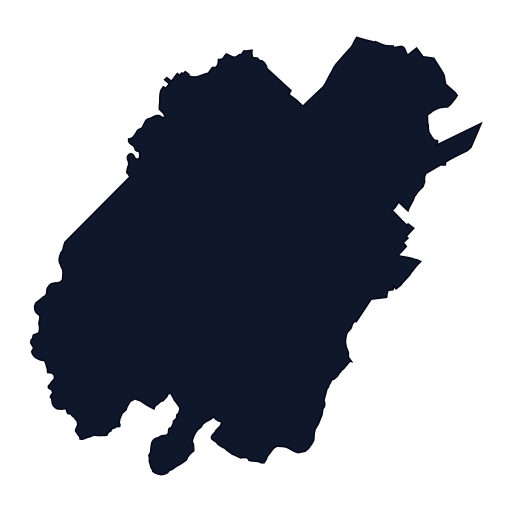 Yecuatla, Veracruz, Mexico (orthographic projection)
{"feature_id": "50627088B64741996810444", "entity_name": "Yecuatla", "entity_type": "district", "adm_level": 2, "iso_a3": "MEX", "parent_name": "Mexico", "parent_adm1": "Veracruz", "projection": "orthographic", "projection_center": [-96.776, 19.847], "detail": "fine", "context": "isolated", "style": "filled", "palette": "ink", "viewbox_px": 512, "rotation_deg": 0, "n_neighbors": 0, "source": "geoboundaries", "source_scale": "gbopen_adm2", "svg_char_len": 5942}
<svg xmlns="http://www.w3.org/2000/svg" viewBox="0 0 512 512"><path d="M252.1,50.2L246.2,51.0L244.0,50.8L242.6,52.6L241.7,54.4L239.3,54.6L238.0,55.7L235.1,57.3L232.4,56.8L226.3,53.9L224.6,55.9L223.2,58.2L221.1,59.4L218.4,59.5L218.3,62.5L217.5,65.3L215.8,67.4L212.3,67.5L208.2,73.2L206.2,73.6L197.1,76.8L193.3,77.0L189.3,76.2L188.4,75.3L189.0,74.5L185.3,71.6L183.1,73.8L181.8,72.9L179.8,75.3L177.4,73.5L176.3,74.7L171.5,81.2L166.8,77.6L164.6,79.7L169.4,83.8L165.5,88.4L163.5,86.7L163.2,86.9L161.0,90.1L160.3,92.5L159.9,95.3L159.7,101.9L159.2,109.1L161.5,111.4L163.5,113.2L164.2,115.1L165.5,117.0L164.2,117.5L162.1,117.3L160.3,116.1L158.7,115.4L155.8,115.7L153.0,116.9L150.9,118.1L147.8,119.0L145.9,120.4L143.9,124.2L142.3,127.6L140.5,128.8L138.2,129.7L137.0,131.2L135.4,134.0L133.4,136.8L130.9,138.6L128.7,138.9L128.5,140.9L129.4,142.8L131.5,144.6L133.7,146.0L134.7,147.8L135.3,149.9L136.5,150.9L138.2,151.3L139.4,151.9L139.8,156.0L139.1,158.6L137.2,159.3L135.9,158.8L134.7,157.6L134.0,156.0L132.6,154.2L130.7,153.6L128.8,154.6L127.7,156.0L127.3,157.8L127.7,159.9L128.5,161.6L128.7,164.5L127.3,168.7L126.7,172.6L128.6,174.5L129.8,176.9L64.9,242.2L63.4,247.2L62.7,250.3L60.8,252.9L59.6,256.5L59.1,259.3L59.3,262.0L60.7,265.2L61.5,267.5L62.5,269.3L63.0,272.3L62.5,279.7L60.3,282.0L57.7,282.9L55.6,282.8L51.3,283.7L49.1,285.6L47.1,288.5L46.5,293.6L45.6,295.6L43.2,297.0L40.9,299.0L35.8,303.0L34.5,306.5L34.8,309.5L35.8,312.1L37.8,314.1L39.4,315.1L39.9,317.3L39.6,319.6L39.0,322.1L38.9,324.0L39.5,326.7L39.5,329.9L38.6,333.2L36.1,333.9L33.2,335.2L32.7,338.3L31.1,340.0L30.7,342.9L31.8,344.9L33.4,347.0L33.1,349.2L31.7,351.4L32.3,353.8L34.1,356.3L35.7,357.7L39.2,359.5L41.3,360.2L44.2,360.5L45.4,362.3L47.3,368.8L47.6,372.5L51.9,373.0L54.0,374.8L54.5,377.3L53.9,379.6L51.8,381.6L49.7,384.7L48.4,385.8L48.4,387.9L51.8,390.0L52.8,393.0L51.3,394.7L50.3,397.0L51.8,399.1L51.9,400.5L52.3,403.4L53.4,405.7L55.0,407.5L57.2,408.9L61.7,409.2L66.1,408.6L66.8,411.4L67.6,413.4L70.2,414.1L71.6,414.2L71.7,415.3L72.3,416.0L73.3,416.7L74.0,416.8L74.3,417.1L74.3,417.8L75.0,418.2L75.7,419.7L76.5,420.1L77.0,421.1L77.5,422.6L77.7,425.0L76.0,428.8L75.5,430.5L75.8,431.5L78.4,435.2L79.7,436.8L80.0,437.9L80.0,439.0L82.6,439.3L87.5,437.4L90.5,436.6L93.6,435.1L99.4,435.6L102.9,435.4L104.4,435.5L106.9,435.2L108.1,432.9L109.4,431.5L110.7,431.1L111.4,429.7L112.4,428.4L114.0,428.2L116.1,426.8L119.7,426.5L120.0,424.6L119.2,422.8L119.9,418.7L122.3,413.2L126.1,409.8L126.9,407.1L128.6,404.0L130.6,401.1L133.1,400.0L134.2,398.7L140.6,400.9L146.4,404.9L154.0,409.0L155.5,405.3L157.2,404.6L160.9,401.3L163.2,400.7L164.9,398.7L166.5,397.1L168.3,393.7L170.6,393.1L173.7,398.6L174.3,400.1L176.1,402.3L179.6,407.3L180.0,408.5L178.8,413.0L176.8,415.0L176.6,417.6L175.6,419.3L173.5,421.0L173.2,423.4L171.4,427.4L169.0,428.6L168.5,431.1L168.4,433.2L166.9,435.0L164.5,435.5L161.5,435.8L158.2,437.6L155.3,438.5L153.4,440.1L151.7,442.8L150.8,449.4L150.6,452.2L148.8,455.6L149.4,457.8L149.4,459.9L149.3,461.7L150.2,464.0L150.4,465.3L150.9,467.1L151.8,468.8L152.7,470.0L152.8,471.4L154.9,472.8L157.0,473.7L160.9,474.7L164.3,474.2L167.5,472.8L169.2,470.6L172.3,469.3L175.7,466.8L181.0,463.7L183.8,461.9L186.6,459.7L187.1,458.0L188.4,456.0L190.4,453.6L193.8,450.8L193.7,447.8L193.4,444.2L192.3,441.9L192.6,439.6L194.1,435.4L195.9,432.1L198.0,429.5L201.0,427.1L202.9,424.0L205.8,421.8L209.8,419.7L212.0,418.3L214.0,416.4L214.7,418.1L215.4,419.0L218.7,421.1L220.0,421.3L221.1,421.6L221.5,422.6L221.0,424.5L220.1,426.3L218.4,427.8L217.0,429.4L215.6,430.8L214.6,433.1L213.7,433.4L211.5,436.5L211.4,438.1L212.1,439.3L214.8,441.2L216.2,441.9L217.6,443.9L218.7,444.8L220.9,446.3L223.1,447.5L224.8,448.2L226.2,449.7L232.3,454.2L233.7,454.7L237.2,456.3L240.4,457.9L243.5,457.6L247.1,457.7L248.4,459.1L249.1,460.5L251.3,460.9L257.3,461.4L259.2,461.8L261.5,462.9L264.1,462.8L266.2,459.4L267.3,456.5L267.6,455.9L270.0,453.0L273.5,448.3L277.1,446.1L280.0,446.4L283.6,446.6L286.8,447.3L290.2,449.1L294.3,451.4L298.0,452.7L305.1,451.3L308.3,448.7L312.0,443.6L313.8,440.1L314.2,433.5L315.2,429.2L318.3,424.0L322.0,414.9L322.8,409.2L324.6,406.2L324.8,403.1L324.0,400.6L324.5,398.3L327.1,388.5L328.4,387.2L329.1,384.8L330.7,382.2L331.6,380.0L334.0,379.1L337.5,376.1L338.2,375.0L339.5,372.6L340.7,371.7L341.8,370.0L343.3,369.1L349.9,361.2L351.6,361.6L348.3,356.9L348.4,352.5L346.2,346.7L345.4,341.9L345.7,338.9L346.5,334.2L347.9,331.7L349.8,329.8L351.3,327.8L352.4,324.0L354.4,321.5L356.3,321.7L371.2,299.2L386.7,297.3L387.1,293.3L388.2,290.3L393.0,289.8L393.8,286.2L396.0,288.9L400.6,285.3L402.7,282.6L409.9,274.8L411.1,272.6L412.8,270.7L415.0,267.7L417.2,265.1L420.8,261.5L416.8,259.7L415.4,259.6L411.4,258.2L407.5,257.4L397.8,255.7L406.3,246.5L405.4,245.9L405.7,245.4L403.2,242.7L408.0,238.1L406.2,236.4L413.8,228.2L408.1,223.9L407.1,225.5L402.7,221.2L392.1,210.3L393.9,208.8L394.8,207.8L397.1,204.5L398.5,201.9L398.6,201.7L399.1,202.5L408.0,210.9L409.0,208.0L413.2,200.1L414.4,196.8L418.2,191.4L423.1,186.5L424.7,181.7L424.4,179.0L424.8,175.9L426.0,173.4L440.4,165.0L445.4,165.0L445.5,162.1L450.4,159.2L456.0,156.2L467.4,150.6L471.1,147.1L481.3,123.3L436.9,144.9L437.7,141.6L437.5,140.5L434.8,140.4L433.6,139.3L432.3,137.7L429.0,132.4L428.3,128.6L428.3,125.2L427.7,123.1L427.4,115.0L430.0,113.2L433.2,110.7L436.5,109.0L439.5,107.8L444.0,107.1L447.7,106.9L450.5,104.4L453.1,101.3L455.6,98.1L457.3,95.4L454.9,92.3L445.6,84.1L444.2,75.5L442.7,72.4L433.8,58.2L423.0,56.7L416.6,48.0L407.5,55.3L404.5,48.3L402.6,46.6L400.3,46.4L393.7,47.7L393.4,46.0L385.9,45.7L382.2,44.5L375.4,41.6L375.0,42.4L373.4,41.8L365.0,39.8L356.7,37.3L353.9,42.1L352.7,44.8L351.0,47.4L348.3,50.2L346.5,52.4L344.0,55.0L342.0,57.4L336.0,64.2L333.7,67.7L331.6,71.9L329.8,74.9L325.2,83.8L323.1,86.9L307.3,101.8L302.9,106.2L297.4,100.9L295.3,99.2L288.9,94.5L291.0,90.5L285.2,85.3L266.9,68.4L266.4,66.0L264.6,63.0L262.2,60.9L259.8,60.7L257.3,58.0L252.7,57.7L251.8,53.2L252.1,50.2Z" fill="#0f172a" stroke="#020617" stroke-width="1.5"/></svg>